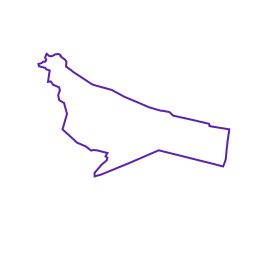 outline of Murgap, Mary, Turkmenistan, rotated 284°
{"feature_id": "10190150B75003432350729", "entity_name": "Murgap", "entity_type": "district", "adm_level": 2, "iso_a3": "TKM", "parent_name": "Turkmenistan", "parent_adm1": "Mary", "projection": "equal_earth", "projection_center": [61.783, 36.895], "detail": "fine", "context": "isolated", "style": "outline", "palette": "violet", "viewbox_px": 256, "rotation_deg": 284, "n_neighbors": 0, "source": "geoboundaries", "source_scale": "gbopen_adm2", "svg_char_len": 1419}
<svg xmlns="http://www.w3.org/2000/svg" viewBox="0 0 256 256"><g transform="rotate(284 128 128)"><path d="M76.2,113.0L94.0,137.3L113.8,163.2L113.8,174.9L113.8,205.4L113.8,217.7L113.7,229.6L118.3,230.2L121.7,230.4L131.8,228.8L137.0,228.2L139.9,227.7L147.9,227.0L151.2,226.6L149.6,207.6L150.0,207.3L149.8,206.5L151.7,205.6L151.4,186.8L150.9,168.8L153.5,164.3L153.1,157.7L152.7,155.5L153.2,143.3L155.3,130.6L157.4,116.9L160.8,103.8L161.0,103.1L161.5,83.4L161.8,82.7L161.8,82.3L169.0,61.6L170.7,58.0L172.4,53.4L172.9,53.4L173.2,52.8L177.3,52.3L179.0,50.5L181.2,45.2L181.9,45.2L182.1,45.2L183.0,43.0L183.0,42.9L182.4,41.1L182.0,39.8L181.7,39.4L179.9,37.6L179.5,36.9L178.9,36.0L178.9,35.8L178.9,33.8L180.4,31.1L180.2,31.0L176.3,30.5L176.2,30.6L174.3,32.2L172.2,31.6L172.1,31.2L172.0,29.9L170.1,28.4L169.9,28.2L168.5,25.6L168.3,25.7L167.8,25.8L166.4,26.7L166.3,32.0L166.4,33.2L165.1,34.6L164.9,37.9L164.9,38.1L155.5,39.0L154.3,39.2L153.4,39.2L154.2,41.2L154.5,41.9L151.9,44.7L150.8,51.2L148.2,52.8L143.0,52.3L138.4,54.5L137.3,58.1L136.9,59.6L136.8,59.9L126.9,65.4L113.5,64.9L110.8,64.8L103.1,79.2L101.4,82.3L100.9,85.6L99.9,91.6L99.7,92.0L97.2,97.7L97.3,97.8L98.3,99.9L98.5,101.0L98.6,101.8L98.8,102.6L98.8,113.8L98.8,114.1L97.3,113.7L95.1,113.0L94.5,114.3L94.1,115.2L93.8,115.2L91.5,115.2L86.3,111.4L78.7,107.6L77.3,106.9L76.4,106.4L73.0,107.3L73.1,107.5L76.2,113.0Z" fill="none" stroke="#5b21b6" stroke-width="2"/></g></svg>